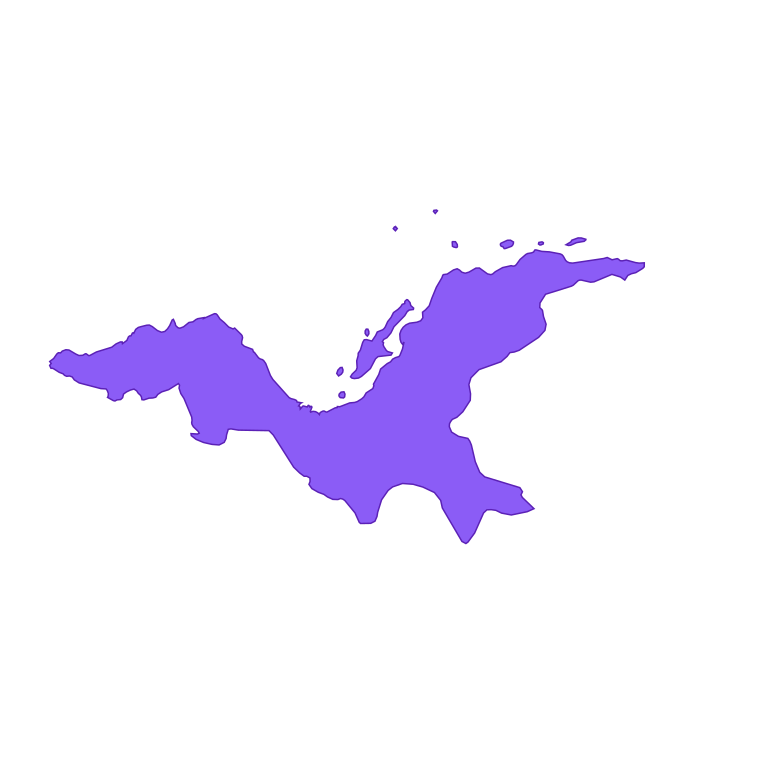 the Province of Hormozgan, rotated 152°
{"feature_id": "IRN-3228", "entity_name": "Hormozgan", "entity_type": "Province", "adm_level": 1, "iso_a3": "IRN", "parent_name": "Iran", "parent_adm1": "", "projection": "robinson", "projection_center": [56.023, 27.172], "detail": "fine", "context": "isolated", "style": "filled", "palette": "violet", "viewbox_px": 768, "rotation_deg": 152, "n_neighbors": 0, "source": "natural_earth", "source_scale": "10m", "svg_char_len": 6179}
<svg xmlns="http://www.w3.org/2000/svg" viewBox="0 0 768 768"><g transform="rotate(152 384 384)"><path d="M668.6,560.8L663.7,561.6L658.8,564.1L656.9,564.5L654.9,563.3L652.6,564.1L648.8,563.6L646.2,561.9L642.1,555.2L640.0,552.4L636.6,550.8L633.5,550.9L632.7,550.4L631.4,547.7L630.4,547.3L622.9,547.3L607.1,544.3L601.7,545.2L597.0,544.9L595.4,544.0L596.0,542.4L590.6,543.2L587.5,545.6L586.1,545.9L584.8,545.3L582.2,547.1L581.4,547.0L581.1,546.3L577.6,548.8L574.4,549.3L571.5,548.7L565.9,547.3L563.5,546.2L561.6,543.4L559.0,537.6L556.2,534.2L552.9,533.3L549.3,534.3L545.8,536.2L540.9,540.0L539.6,540.0L539.9,535.5L540.5,533.5L539.5,530.4L538.1,529.1L534.1,528.6L527.4,529.9L523.5,528.6L519.8,529.2L517.7,529.1L511.7,527.1L512.4,526.5L500.7,525.7L499.4,524.9L498.8,523.4L498.3,518.4L496.2,513.2L494.4,507.2L491.4,503.5L489.6,503.5L486.8,494.6L486.6,493.4L487.1,491.3L489.8,488.2L490.8,486.1L489.6,482.9L483.8,476.3L484.2,473.5L483.6,472.9L482.5,466.0L481.5,464.2L479.8,462.5L479.2,460.9L478.8,457.6L480.3,444.9L480.0,440.2L474.2,416.6L473.0,414.8L470.1,412.1L469.0,410.5L469.2,408.9L465.6,406.1L466.9,406.1L469.7,404.7L469.0,404.0L468.9,403.0L469.7,401.2L466.2,402.6L465.4,402.4L462.6,399.8L460.9,400.7L460.4,400.3L460.2,398.4L459.1,398.7L458.5,398.2L458.5,397.4L462.0,394.3L462.0,393.6L459.5,393.2L457.4,391.7L456.0,389.6L455.4,387.3L454.4,388.4L453.3,388.8L451.0,388.8L449.7,388.4L448.2,386.4L447.4,386.0L438.4,385.9L436.4,385.2L435.8,386.0L433.7,384.7L423.1,383.4L418.6,381.5L415.9,381.0L410.5,381.4L407.8,382.1L403.9,384.5L396.0,385.2L393.8,387.2L393.4,388.8L384.2,394.8L380.0,398.8L371.6,400.5L367.8,400.5L364.7,401.9L361.5,401.9L357.9,401.2L356.3,402.0L351.3,406.2L346.6,411.7L349.0,410.3L349.4,412.8L348.8,415.8L346.6,420.7L343.7,423.4L340.4,425.1L336.8,425.9L332.9,425.7L325.9,423.1L321.9,422.6L318.6,424.2L316.3,429.3L312.5,430.0L307.4,431.8L301.7,437.1L292.3,444.9L282.9,450.7L281.1,452.4L280.2,452.7L276.6,451.4L269.1,452.1L265.3,451.4L263.8,449.1L262.8,446.2L260.3,443.7L256.4,442.9L248.5,443.2L245.3,441.6L240.9,432.6L238.3,430.4L236.5,430.1L233.0,430.9L224.6,431.1L216.2,428.8L214.6,427.4L212.9,426.9L211.1,427.3L205.4,430.1L197.9,431.8L196.0,431.8L192.1,430.5L190.0,430.3L187.9,431.5L186.9,431.1L182.4,427.0L175.9,423.0L167.5,416.3L166.2,414.7L165.7,412.7L165.6,407.9L164.9,405.9L163.4,404.0L160.7,402.2L131.2,391.7L127.5,390.9L124.3,386.6L119.2,385.2L118.4,384.2L117.6,382.0L115.9,380.9L111.9,379.7L104.9,373.1L101.9,370.9L97.3,368.8L99.2,365.3L101.3,364.6L109.4,364.1L113.7,365.2L117.7,365.4L122.6,362.7L125.0,367.5L131.3,373.8L150.6,375.6L153.8,376.9L161.1,383.2L162.6,383.9L164.1,384.1L170.4,382.4L172.6,382.4L199.2,387.4L208.2,382.3L210.6,378.4L209.6,375.4L209.6,374.3L211.5,368.7L212.8,360.7L216.7,355.8L225.6,352.6L248.8,350.3L254.0,351.1L258.1,352.6L262.4,350.6L270.3,348.7L293.4,352.1L304.3,348.7L309.3,343.7L312.2,334.7L315.5,329.1L327.4,322.5L335.3,320.4L340.3,320.7L342.9,319.5L344.9,318.1L346.4,315.6L346.9,309.8L342.8,302.8L335.5,296.6L335.1,293.3L335.5,289.1L339.9,272.5L340.9,261.1L338.7,254.7L312.7,228.7L312.3,223.9L315.1,221.8L315.1,218.9L310.1,203.5L317.5,204.0L333.1,208.6L340.8,214.8L344.5,219.9L348.3,222.7L352.2,224.6L356.6,223.4L373.9,209.9L384.1,205.0L386.6,204.7L389.1,208.4L390.7,247.1L388.6,254.6L390.4,264.5L398.1,274.8L405.5,281.9L414.4,287.5L424.7,289.1L430.3,288.1L440.5,282.9L449.8,273.7L452.4,270.3L456.4,267.1L461.1,267.2L470.1,271.8L470.8,273.4L470.1,283.8L473.3,299.6L474.5,301.8L476.2,303.3L478.9,303.6L483.4,306.2L486.9,310.8L488.9,314.8L492.9,319.3L496.8,325.5L497.4,330.6L495.0,332.7L493.5,335.8L495.5,338.8L497.8,340.0L500.2,345.0L502.8,353.0L505.7,390.9L507.4,396.8L534.3,411.7L540.2,416.2L542.8,417.1L546.9,413.0L549.0,410.0L552.5,407.5L558.2,407.6L564.2,411.4L570.8,417.1L575.9,423.3L578.4,428.9L577.7,430.8L572.2,427.4L570.3,427.3L570.3,429.3L572.4,435.8L572.5,438.4L572.0,440.1L570.5,442.1L569.3,445.2L567.4,465.1L567.9,470.9L566.9,476.6L565.1,478.9L565.3,480.9L576.8,480.1L584.0,481.4L588.6,481.0L591.7,479.5L594.7,480.2L598.1,481.8L603.5,482.7L605.1,483.8L604.2,486.7L604.4,488.7L605.3,491.0L605.6,494.1L607.1,496.9L610.7,497.7L615.0,497.9L618.7,497.4L621.2,494.6L623.8,493.9L627.2,495.3L629.5,495.3L630.8,496.4L634.4,502.0L633.4,502.6L631.8,505.1L631.4,508.3L631.8,510.2L636.1,512.8L652.7,528.1L655.5,533.0L656.0,536.6L657.9,538.7L660.6,539.8L662.0,541.6L662.6,543.7L665.3,546.8L668.4,552.3L669.1,553.3L670.7,554.2L670.5,557.4L668.2,558.4L668.6,560.8ZM403.7,401.2L407.6,402.7L409.5,404.2L410.2,406.1L407.4,407.7L402.1,409.2L400.1,411.0L397.2,417.3L393.6,421.1L392.3,423.3L389.0,425.0L383.2,430.8L380.7,432.3L378.7,431.5L374.5,427.6L368.7,430.7L365.5,433.1L359.7,432.5L357.9,432.9L356.1,433.8L351.4,437.4L346.5,439.5L342.1,442.6L336.7,443.3L332.9,444.4L330.5,445.8L327.9,445.3L327.1,446.8L326.2,447.4L324.3,447.8L323.6,447.3L322.8,443.7L323.5,440.7L322.2,437.1L323.1,436.0L327.2,437.5L328.2,437.1L329.0,437.3L333.6,434.6L348.3,429.9L354.0,425.8L359.7,423.5L363.3,423.5L365.6,422.1L365.0,420.7L366.3,419.2L366.6,417.2L366.2,412.7L365.6,411.0L362.0,407.5L364.2,406.2L376.4,411.0L379.7,410.2L388.8,404.0L400.3,401.3L403.7,401.2ZM214.6,453.4L207.6,453.0L204.8,451.6L203.0,448.6L203.9,447.2L205.2,446.2L206.7,445.7L213.1,446.6L214.3,447.1L214.6,449.5L215.8,450.5L216.0,451.7L215.6,452.9L214.6,453.4ZM152.3,421.8L150.7,422.8L144.1,421.9L141.2,420.3L137.8,417.0L138.1,416.5L140.3,416.0L147.6,418.4L154.1,418.9L156.1,419.7L157.9,421.5L152.3,421.8ZM413.2,418.3L413.6,415.6L414.9,413.8L417.1,412.7L420.3,412.4L420.8,415.5L418.2,417.9L414.9,419.0L413.2,418.3ZM426.3,390.7L429.0,392.5L429.4,394.0L429.1,395.2L428.2,396.2L425.7,397.0L423.0,395.9L423.2,393.4L424.8,391.1L426.3,390.7ZM256.3,470.6L258.2,472.3L258.9,473.5L257.1,477.4L256.6,477.5L254.1,476.1L253.8,472.8L254.7,470.8L255.4,470.4L256.3,470.6ZM376.1,434.1L376.7,435.1L376.9,437.5L375.7,439.7L373.9,440.8L372.5,440.0L372.7,437.6L373.8,435.4L376.1,434.1ZM180.2,433.1L181.2,433.6L181.9,435.1L180.8,436.3L177.7,435.3L176.9,434.0L177.6,432.9L180.2,433.1ZM302.0,513.9L302.9,516.8L301.0,517.8L300.2,516.9L299.8,517.3L299.3,515.0L302.0,513.9ZM258.7,510.5L259.3,513.2L258.4,513.9L255.9,512.9L255.5,511.8L258.7,510.5Z" fill="#8b5cf6" stroke="#5b21b6" stroke-width="1.5"/></g></svg>